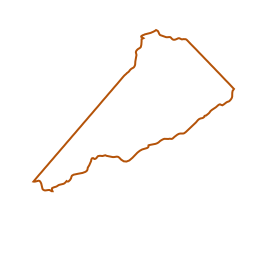 map outline of New Hampshire (orthographic projection), rotated 224°
{"feature_id": "USA-3538", "entity_name": "New Hampshire", "entity_type": "State", "adm_level": 1, "iso_a3": "USA", "parent_name": "United States of America", "parent_adm1": "", "projection": "orthographic", "projection_center": [-71.585, 44.003], "detail": "fine", "context": "isolated", "style": "outline", "palette": "amber", "viewbox_px": 256, "rotation_deg": 224, "n_neighbors": 0, "source": "natural_earth", "source_scale": "10m", "svg_char_len": 3146}
<svg xmlns="http://www.w3.org/2000/svg" viewBox="0 0 256 256"><g transform="rotate(224 128 128)"><path d="M135.2,47.1L135.3,47.1L135.2,45.3L135.3,44.0L135.7,42.9L138.0,39.3L138.3,38.5L138.6,37.0L138.8,36.2L140.4,33.3L140.8,31.8L139.9,30.8L138.4,30.1L139.0,29.5L141.4,28.9L142.2,28.1L143.9,25.9L144.8,25.1L146.1,24.7L147.2,24.8L151.9,27.8L153.3,28.3L154.7,28.5L155.7,28.0L157.4,25.2L158.3,24.1L158.8,23.8L159.1,28.0L159.4,32.3L159.6,36.6L159.9,40.9L160.1,45.2L160.4,49.4L160.6,53.7L160.9,58.0L161.1,62.3L161.4,66.6L161.6,70.9L161.9,75.1L162.1,79.4L162.4,83.7L162.6,88.0L162.9,92.3L163.1,96.5L163.4,100.8L163.6,105.1L163.9,109.4L164.1,113.7L164.4,118.0L164.6,122.2L164.9,126.5L165.2,130.8L165.4,135.1L165.7,139.4L165.9,143.6L166.2,147.9L166.4,152.2L166.7,156.5L167.0,160.8L167.1,163.2L166.9,165.7L166.9,166.9L166.7,168.0L166.6,168.4L166.6,168.9L166.6,169.6L166.8,170.8L166.8,172.1L166.7,173.0L166.1,175.0L166.0,175.4L166.0,176.0L166.1,176.6L166.4,177.5L166.7,178.2L167.1,178.8L168.9,180.9L170.8,183.7L172.6,186.4L174.9,187.9L175.2,188.3L175.5,188.9L175.7,190.0L175.7,190.7L175.7,191.4L175.1,193.8L175.0,194.7L175.1,195.2L176.2,197.1L178.2,199.5L179.9,201.3L179.3,203.3L180.6,203.0L181.9,202.8L182.2,203.3L182.0,204.4L181.6,205.5L181.4,205.8L180.9,207.1L177.8,212.1L176.6,215.0L176.1,216.6L175.9,217.9L173.9,218.5L172.6,218.1L170.6,217.3L169.9,217.2L169.4,217.2L163.7,219.8L163.1,220.3L162.8,220.6L161.9,221.6L161.5,222.1L160.7,222.7L160.2,222.8L159.5,222.8L158.9,222.7L157.9,222.7L157.3,222.8L156.8,223.0L156.5,223.2L156.2,223.5L155.6,224.1L155.4,224.5L155.0,225.3L154.4,226.8L154.2,227.4L153.6,228.1L152.9,228.4L151.7,228.8L151.1,229.0L150.7,229.3L149.9,230.4L149.0,231.2L148.2,231.9L147.7,232.1L147.1,232.2L145.8,232.2L141.6,232.0L137.4,231.9L133.2,231.8L129.1,231.6L124.9,231.5L120.7,231.3L116.5,231.2L112.4,231.0L108.2,230.9L104.0,230.7L99.9,230.6L95.7,230.4L91.5,230.2L87.3,230.1L83.2,229.9L79.0,229.7L78.9,229.7L78.5,227.3L77.4,225.7L74.9,223.0L74.4,222.1L74.1,221.3L73.9,220.4L73.8,219.2L73.8,217.7L74.1,216.8L74.6,216.0L75.0,214.8L75.5,211.4L75.9,209.9L76.9,209.4L78.3,208.9L78.9,207.6L79.2,203.9L80.2,199.4L80.4,197.6L80.1,195.5L80.1,194.5L80.5,191.2L80.9,190.8L81.1,190.4L81.3,189.9L81.2,189.5L81.1,189.2L80.9,189.1L80.9,188.8L81.0,187.8L81.3,187.0L81.7,186.3L82.3,185.5L83.0,184.0L83.2,182.2L83.0,179.2L83.6,165.5L83.9,163.4L84.5,162.3L86.6,160.3L87.4,159.0L87.9,157.4L88.4,154.1L88.6,151.3L89.0,150.5L90.6,149.2L91.3,148.2L94.4,145.4L95.0,144.1L95.5,142.5L95.9,140.8L96.0,139.0L96.4,137.4L97.2,135.7L101.0,130.3L101.2,129.7L100.8,129.3L100.3,128.8L100.1,128.1L100.4,126.8L102.9,122.4L103.7,119.8L104.1,116.8L104.1,109.7L104.5,105.6L105.8,102.8L107.9,101.1L110.9,100.5L113.7,100.6L115.0,100.4L116.1,99.7L118.0,97.2L118.9,96.4L123.9,93.2L125.4,92.6L125.9,91.8L126.9,90.1L128.9,88.5L130.0,87.0L130.0,85.6L129.8,84.2L130.3,82.7L130.8,82.3L131.5,82.3L132.2,82.1L132.8,81.3L132.7,80.5L132.4,79.7L131.6,78.6L129.9,74.0L129.7,72.8L129.3,71.4L128.5,70.3L127.9,69.0L128.1,67.0L129.5,64.1L132.2,60.3L134.7,56.6L135.2,54.7L134.7,53.4L134.0,52.2L133.6,50.3L133.7,48.2L134.3,47.5L135.2,47.1Z" fill="none" stroke="#b45309" stroke-width="2"/></g></svg>